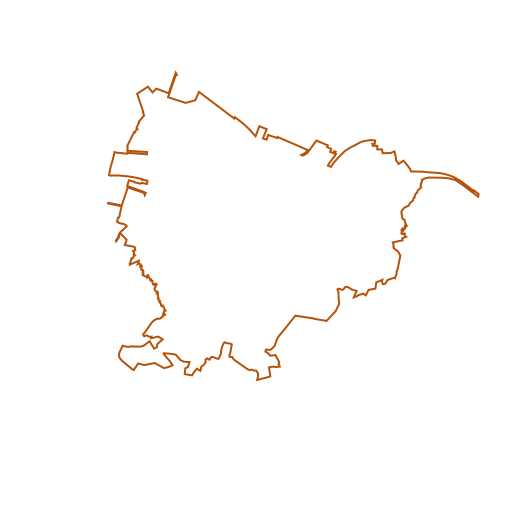 the district of Sigulda, Siguldas, Latvia, rotated 205°
{"feature_id": "27541924B33898392287232", "entity_name": "Sigulda", "entity_type": "district", "adm_level": 2, "iso_a3": "LVA", "parent_name": "Latvia", "parent_adm1": "Siguldas", "projection": "mercator", "projection_center": [24.841, 57.161], "detail": "fine", "context": "isolated", "style": "outline", "palette": "amber", "viewbox_px": 512, "rotation_deg": 205, "n_neighbors": 0, "source": "geoboundaries", "source_scale": "gbopen_adm2", "svg_char_len": 6136}
<svg xmlns="http://www.w3.org/2000/svg" viewBox="0 0 512 512"><g transform="rotate(205 256 256)"><path d="M80.4,406.2L85.8,407.5L85.8,407.0L102.6,410.5L110.2,411.1L115.6,410.7L120.3,409.9L125.2,408.6L135.6,404.5L140.9,402.7L151.3,398.1L153.0,399.9L158.8,403.0L162.6,404.7L165.8,399.6L166.6,400.3L169.4,401.8L171.1,404.7L174.8,409.3L177.5,406.2L184.7,402.7L186.8,405.8L191.2,403.9L192.6,407.1L196.7,405.2L198.0,406.8L195.8,408.0L196.8,411.0L201.2,409.5L206.6,405.9L209.3,403.4L210.9,401.2L216.2,394.3L219.7,389.0L223.1,379.8L225.0,373.4L225.7,368.5L229.0,368.2L228.9,370.7L226.7,381.0L226.9,381.1L226.7,382.3L227.9,382.1L227.8,384.1L229.4,384.0L229.4,382.0L232.8,381.7L233.0,384.8L237.6,384.8L237.7,386.6L250.0,386.2L253.0,371.4L253.3,370.4L255.6,367.3L256.6,366.5L257.7,366.6L256.0,368.7L254.6,370.9L253.8,373.9L286.7,373.0L286.5,371.9L296.2,370.8L295.6,365.9L299.4,365.5L300.0,375.5L307.8,375.0L307.0,364.3L316.4,368.3L324.8,370.9L333.9,372.9L333.8,371.4L377.0,380.6L376.9,371.4L384.5,365.0L402.8,362.7L405.1,385.7L404.2,386.8L406.2,388.2L403.9,366.6L417.1,365.6L418.9,360.5L425.5,363.8L432.3,352.8L419.0,338.9L419.3,338.6L416.8,336.0L418.9,328.3L418.5,328.2L418.4,327.7L418.5,321.9L417.7,321.3L417.8,321.3L417.9,316.9L418.8,316.9L419.2,302.0L418.8,300.7L418.6,300.4L418.4,300.5L417.0,297.0L398.7,304.2L397.8,302.1L416.2,295.1L415.9,294.4L416.5,294.1L426.4,290.6L428.2,290.4L426.7,283.9L425.3,274.7L423.4,267.2L422.2,267.2L415.1,270.7L406.6,273.8L400.0,275.7L393.2,277.3L391.7,277.6L391.6,277.0L386.2,278.3L385.3,275.2L390.6,274.0L391.1,272.8L397.4,271.4L397.8,271.8L403.2,270.9L402.3,265.0L384.8,266.7L382.6,266.6L382.6,264.2L383.9,265.6L385.1,265.7L401.2,264.0L399.0,245.0L412.4,241.8L412.3,241.1L398.9,244.3L396.3,233.1L397.3,232.4L396.4,228.3L395.1,228.5L394.7,228.0L394.3,228.0L390.9,228.6L390.4,229.0L388.8,229.1L386.9,228.9L385.7,228.3L389.2,219.7L389.3,217.7L388.9,214.5L389.5,210.9L388.9,210.2L388.2,214.8L388.6,217.0L388.6,219.3L380.0,215.9L379.6,210.5L370.1,212.9L369.6,212.4L369.3,212.4L367.9,210.3L368.8,209.5L368.7,209.1L369.4,209.0L369.5,208.4L367.7,207.4L367.5,205.8L365.9,205.5L366.2,204.9L366.8,204.2L366.7,203.0L367.0,201.6L367.5,201.7L368.0,201.1L367.6,199.9L367.5,198.6L367.0,197.5L366.9,196.2L367.2,195.8L366.9,195.5L366.7,194.8L360.2,202.2L359.6,200.5L359.8,199.4L359.8,198.6L358.7,199.6L357.0,199.7L356.7,199.2L356.9,198.6L356.6,198.0L356.6,197.5L356.2,197.2L355.3,198.5L354.8,197.5L354.8,196.3L354.1,195.0L352.7,195.5L351.4,194.3L351.3,193.7L351.9,193.3L351.4,192.5L350.9,192.7L350.4,192.2L350.5,190.9L349.9,191.1L348.9,190.5L346.4,191.1L345.6,190.4L345.4,191.8L346.1,192.0L346.2,192.8L345.6,193.0L345.2,192.4L342.6,190.6L341.8,189.5L341.6,189.4L341.0,190.3L340.1,189.2L339.3,189.6L338.3,187.8L337.1,186.7L336.3,186.7L335.8,188.3L335.1,188.6L334.0,188.2L334.6,187.1L334.4,186.3L333.9,185.9L334.2,184.7L334.2,183.5L333.3,182.5L332.3,181.9L330.3,182.1L329.5,181.6L329.6,181.2L330.1,181.1L330.4,180.5L330.1,180.0L329.2,180.6L327.8,178.0L326.5,176.9L326.8,175.7L326.2,175.2L324.1,174.8L324.5,173.9L324.3,173.5L322.3,172.8L321.1,170.9L319.5,171.8L319.1,171.4L319.0,170.7L317.7,170.6L316.3,168.9L314.9,168.2L316.0,167.3L315.6,166.4L315.8,164.9L314.1,164.7L313.5,164.4L314.4,163.4L315.4,162.9L314.8,161.7L315.9,160.3L315.7,159.8L316.9,158.4L319.4,157.1L321.5,154.0L322.4,151.5L324.3,140.4L325.2,137.2L324.0,136.2L323.3,136.0L322.3,137.3L321.5,137.8L317.7,137.8L316.7,138.7L316.2,137.2L310.5,141.7L305.3,141.0L308.2,134.6L307.3,131.5L309.2,129.0L316.4,133.7L320.0,127.1L322.5,125.0L332.3,120.6L333.2,119.6L338.0,118.4L338.9,118.4L339.0,111.0L338.6,109.0L337.1,106.4L333.4,104.5L320.4,101.1L318.6,100.9L317.4,108.8L311.2,109.9L302.6,116.2L292.1,115.5L288.5,118.2L285.5,121.7L289.9,124.4L298.4,128.2L298.5,128.9L292.1,131.3L287.0,132.7L280.7,129.8L276.7,129.7L271.5,131.8L270.8,126.8L272.6,124.3L270.7,118.8L263.5,120.8L263.2,124.0L261.9,128.9L257.9,128.4L258.2,130.4L258.7,131.6L258.7,133.1L257.4,134.8L256.8,138.6L258.0,140.7L257.1,142.5L254.4,142.3L253.7,145.7L251.9,146.3L247.4,146.6L246.5,147.0L246.4,151.9L247.7,156.0L248.4,159.6L248.4,163.2L248.0,164.5L245.8,164.6L242.7,165.6L240.6,165.7L238.4,157.5L238.1,154.6L237.1,153.4L235.0,154.5L233.1,153.2L231.6,152.6L215.5,149.8L213.8,149.9L211.6,151.3L209.8,151.2L207.6,152.2L204.6,150.6L203.2,147.6L202.6,144.2L195.2,150.2L192.1,153.0L197.2,160.5L193.8,163.0L191.5,163.5L187.7,165.8L188.4,166.7L189.9,167.5L189.8,168.6L190.3,169.8L196.6,174.5L197.9,173.4L199.4,172.7L200.9,171.6L204.3,173.1L207.1,173.3L207.4,175.4L203.5,176.9L202.7,178.0L201.1,182.6L201.8,188.4L201.6,192.4L198.5,204.4L195.2,218.5L177.2,223.8L177.0,223.6L164.6,227.0L160.5,239.6L160.4,247.8L164.3,254.5L166.1,258.4L168.1,260.2L167.5,261.2L165.6,261.6L163.4,261.7L162.6,263.0L162.1,265.5L160.7,266.5L159.1,266.7L155.2,266.1L150.0,266.8L149.9,259.9L147.4,262.3L146.6,263.9L142.8,267.2L139.9,266.7L139.6,272.9L134.0,276.9L135.9,283.1L134.3,284.6L131.4,287.8L131.2,286.5L130.7,285.5L129.0,284.1L127.3,285.3L126.5,290.0L121.2,295.0L120.7,294.8L120.9,295.7L120.8,296.4L121.1,299.3L121.7,300.7L122.2,301.5L122.0,302.8L122.1,303.9L125.3,317.3L128.9,320.0L134.9,321.5L135.2,322.1L135.1,322.7L135.9,323.6L136.3,324.7L137.8,326.2L129.8,332.1L131.0,333.7L128.1,336.8L129.4,336.9L130.4,337.8L130.6,338.3L130.3,338.9L130.7,339.3L132.8,337.7L133.8,338.0L134.1,339.1L133.5,340.3L135.1,340.8L135.2,341.2L134.9,341.7L134.9,342.9L134.5,343.3L134.1,343.1L134.1,342.7L134.5,342.2L134.2,341.9L133.3,342.1L132.6,343.7L132.8,344.5L132.7,345.0L133.2,345.6L132.8,346.0L133.1,346.2L133.6,345.9L133.9,346.4L133.8,346.8L132.1,346.6L132.0,346.9L132.9,347.7L134.3,348.5L136.8,351.7L138.3,351.5L139.2,352.0L140.0,353.0L140.3,354.1L141.9,355.5L142.1,356.4L142.7,357.0L142.9,357.9L142.8,359.6L141.9,362.6L138.9,366.2L138.8,367.7L138.9,369.0L137.5,371.8L137.2,373.1L137.7,374.5L137.6,375.2L136.9,376.2L137.5,377.3L137.7,379.1L136.7,382.1L137.1,383.8L135.3,387.8L136.3,388.8L136.4,389.7L136.9,390.3L137.0,391.0L136.8,391.8L137.2,392.5L137.2,394.1L137.9,395.0L135.3,398.1L132.6,400.1L121.3,405.2L114.3,407.8L108.1,409.0L104.9,409.0L104.9,408.7L97.5,407.5L79.7,403.6L80.4,406.2Z" fill="none" stroke="#b45309" stroke-width="2"/></g></svg>